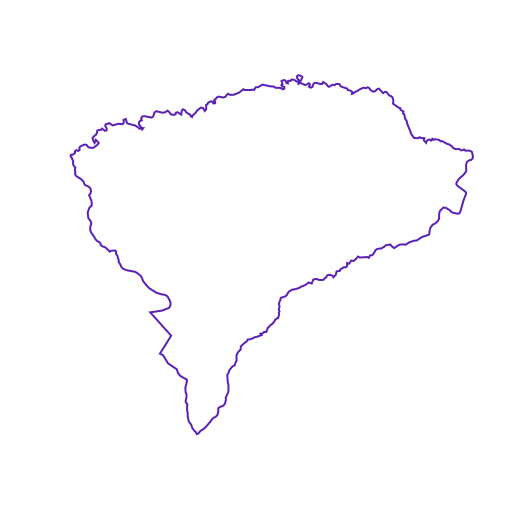 outline of Lucas do Rio Verde, Mato Grosso, Brazil, rotated 279°
{"feature_id": "56859067B78400349800715", "entity_name": "Lucas do Rio Verde", "entity_type": "district", "adm_level": 2, "iso_a3": "BRA", "parent_name": "Brazil", "parent_adm1": "Mato Grosso", "projection": "orthographic", "projection_center": [-56.167, -13.048], "detail": "fine", "context": "isolated", "style": "outline", "palette": "violet", "viewbox_px": 512, "rotation_deg": 279, "n_neighbors": 0, "source": "geoboundaries", "source_scale": "gbopen_adm2", "svg_char_len": 6076}
<svg xmlns="http://www.w3.org/2000/svg" viewBox="0 0 512 512"><g transform="rotate(279 256 256)"><path d="M364.5,122.8L363.4,121.0L364.4,119.9L366.1,115.9L366.6,109.4L367.2,107.7L370.9,106.0L369.8,103.9L366.9,104.6L365.4,103.5L365.1,101.8L365.2,99.7L362.6,94.1L364.3,90.1L363.3,89.0L362.6,86.9L360.9,86.7L358.6,88.6L356.7,88.8L356.0,87.1L357.8,84.1L356.5,83.4L356.1,81.6L355.0,79.6L352.7,79.6L350.8,79.0L348.5,76.9L346.9,76.1L343.8,77.7L342.5,78.9L345.7,79.6L343.1,83.0L340.8,81.8L337.7,78.8L337.1,77.3L337.1,73.5L339.3,71.1L339.1,68.8L336.7,65.3L335.2,64.6L333.2,65.2L331.9,63.9L332.5,62.2L331.2,60.8L329.6,61.1L328.4,60.2L327.4,59.2L327.0,57.4L325.5,57.3L324.1,58.7L320.7,60.7L318.4,60.8L316.5,62.0L315.2,63.7L312.2,63.7L310.8,64.5L308.7,64.4L306.7,66.1L304.6,71.1L302.5,73.9L299.5,75.7L298.3,79.9L297.2,81.4L295.9,82.4L293.9,82.9L291.8,82.7L290.0,81.6L285.1,84.7L282.0,85.6L279.7,85.7L278.7,84.6L277.0,83.7L272.5,83.0L267.4,84.4L263.9,87.7L262.2,88.2L258.5,87.8L255.6,88.2L253.5,89.4L249.8,93.0L247.8,94.5L246.0,96.6L245.2,99.0L244.3,100.3L242.5,100.9L241.4,102.9L241.2,105.3L238.8,109.2L237.4,110.8L238.6,112.3L239.4,116.1L238.4,117.2L236.2,117.4L234.3,119.3L232.8,119.7L230.3,121.2L228.9,121.2L226.0,123.6L224.1,124.7L222.4,127.1L221.7,130.9L221.5,138.9L220.6,141.3L218.4,145.2L216.5,146.8L213.6,148.4L210.4,151.8L207.4,155.7L204.1,163.5L203.4,168.5L203.4,172.0L202.6,174.3L201.7,175.4L197.2,178.7L193.7,179.2L191.2,178.3L187.3,171.6L183.8,160.3L164.0,184.7L144.5,176.4L143.7,179.2L142.4,180.7L136.2,185.9L131.7,195.5L128.3,197.2L125.7,200.0L123.0,207.1L120.9,207.4L115.0,206.8L110.3,207.8L108.5,209.0L106.3,209.4L101.6,209.2L100.2,209.7L99.3,211.2L93.0,212.0L90.1,213.2L87.2,213.5L81.9,215.6L79.2,218.4L76.2,220.0L74.2,221.9L72.6,224.2L70.8,225.4L72.0,227.2L74.2,228.2L77.9,232.2L84.6,236.5L88.4,238.4L89.8,239.7L90.8,241.3L93.0,242.8L97.1,243.1L98.8,242.5L100.3,243.0L101.4,244.2L102.5,246.4L103.8,247.7L105.9,248.5L109.6,248.8L111.2,248.2L116.9,249.8L118.8,249.9L124.4,248.9L127.8,247.6L134.2,246.2L136.0,247.2L137.6,247.2L139.8,248.0L143.4,250.1L144.7,252.1L148.1,252.5L149.7,253.2L154.5,252.3L157.9,253.1L161.2,255.4L164.4,255.2L168.3,258.2L169.9,260.0L172.3,260.9L172.5,262.7L173.5,264.0L174.0,265.6L175.6,267.5L176.6,270.1L178.8,273.9L179.9,272.7L180.7,274.7L182.2,275.9L182.5,278.0L184.8,278.6L186.7,278.7L187.9,279.9L189.4,280.6L191.9,283.0L194.7,284.6L196.1,284.9L197.4,286.1L198.1,287.5L201.7,288.0L203.4,287.4L204.8,287.9L206.6,286.9L210.3,287.1L211.8,286.2L213.7,286.2L216.2,286.9L218.6,287.1L220.7,291.3L222.2,292.5L225.8,293.8L228.7,297.4L229.1,299.4L231.0,303.3L232.7,305.3L235.1,309.3L238.1,312.2L237.5,315.3L241.8,316.3L242.9,319.9L242.2,321.6L242.6,325.2L243.2,326.6L245.2,327.7L246.1,328.8L247.6,329.0L248.6,330.4L249.0,332.5L248.3,334.9L247.1,335.8L250.1,337.8L253.4,338.0L254.4,341.1L255.9,341.4L258.6,344.4L258.8,346.4L260.1,347.5L263.3,347.1L262.9,349.1L266.4,350.8L266.4,353.1L268.2,354.8L271.4,356.8L270.8,359.0L272.4,366.3L271.8,367.6L274.5,368.7L275.0,370.8L277.0,371.9L280.7,373.3L282.0,374.7L283.0,378.5L285.2,381.2L286.8,382.4L288.4,386.7L286.5,389.1L285.4,391.2L288.9,395.0L289.8,396.5L290.6,400.0L290.6,402.2L293.3,405.0L295.7,409.4L296.5,412.3L300.7,417.0L304.1,423.5L305.5,423.8L307.0,423.5L311.1,423.8L314.7,425.7L316.0,427.7L318.8,430.1L321.6,431.0L326.3,430.3L329.2,430.6L333.1,433.4L333.3,435.8L331.6,440.1L330.3,441.7L329.5,443.9L329.3,448.3L329.8,450.1L331.4,450.8L343.6,452.3L349.9,453.7L351.6,453.5L352.6,452.2L356.8,444.0L358.5,442.5L360.2,442.7L363.9,444.3L368.2,448.0L371.7,450.0L373.3,450.3L378.5,449.3L380.3,449.3L382.1,449.8L383.9,451.7L384.5,453.3L386.1,454.7L388.4,454.7L392.5,453.0L393.4,451.3L393.2,447.8L392.7,446.5L393.8,444.8L392.8,443.3L392.4,442.0L393.4,440.5L392.9,436.3L393.4,434.0L394.9,432.5L395.4,431.2L396.3,430.0L396.7,426.9L398.6,422.0L398.1,420.5L399.3,418.7L399.4,414.3L398.3,413.0L399.3,411.8L397.4,410.8L398.2,409.3L397.6,407.8L396.0,406.5L394.4,406.3L396.6,403.6L398.7,403.9L398.4,400.4L398.9,398.9L397.7,397.8L397.3,393.7L401.1,389.9L403.1,389.1L410.0,384.8L413.1,383.6L415.0,381.7L419.2,380.3L419.7,378.9L421.7,379.1L423.2,375.7L424.6,375.4L425.0,373.2L427.9,367.5L431.1,367.4L434.1,365.9L435.1,364.3L435.4,362.4L438.2,359.5L438.3,357.6L436.7,356.0L440.5,351.3L440.1,350.0L437.1,347.5L436.7,345.7L437.7,343.4L439.6,341.5L440.1,339.7L439.0,338.6L439.1,336.2L438.2,334.4L436.3,331.7L434.6,330.1L433.7,328.3L431.8,326.7L431.2,325.4L432.8,325.7L434.1,323.6L434.3,320.7L435.6,319.9L436.6,313.8L437.4,312.5L438.8,311.6L438.8,309.7L438.2,307.9L437.0,306.8L437.1,304.8L434.5,301.6L435.2,300.1L436.7,298.8L438.3,295.1L436.1,294.2L436.0,291.5L436.5,289.0L436.3,287.3L435.3,285.9L431.9,285.3L430.8,283.6L431.5,281.8L433.7,282.5L434.9,281.2L433.2,279.1L432.6,277.5L433.9,272.9L432.7,271.0L434.9,270.7L434.7,268.8L435.9,266.3L435.9,263.7L434.2,262.5L434.2,260.8L433.3,259.7L431.6,260.6L431.5,259.1L433.0,258.3L434.2,256.8L433.8,255.1L432.7,253.8L429.9,255.4L428.7,254.3L427.6,255.4L427.5,257.4L425.6,257.8L424.8,256.4L425.6,254.6L425.8,252.5L425.3,250.3L425.3,248.6L426.1,247.3L425.8,243.3L426.3,235.6L423.1,231.7L422.6,229.3L419.7,228.2L419.9,226.7L419.2,225.3L418.2,218.8L418.8,217.5L414.8,213.8L411.8,208.9L411.1,205.1L411.9,203.0L410.5,201.8L408.6,201.0L407.4,198.9L407.6,194.2L406.7,192.7L404.9,191.7L404.0,190.6L402.5,190.1L402.2,191.5L400.5,191.7L400.0,190.1L401.1,189.1L401.8,187.4L399.9,184.7L398.3,184.3L397.4,183.1L393.2,183.9L391.2,182.7L393.9,180.6L393.9,178.2L390.6,175.2L387.7,173.8L384.7,171.3L383.3,171.1L383.8,169.7L385.4,168.9L385.9,166.9L387.3,164.3L388.8,163.0L389.5,160.9L387.7,159.9L384.0,160.1L385.7,156.0L385.0,154.4L383.5,154.4L382.5,152.9L382.6,149.7L384.3,148.1L385.7,146.0L383.6,143.5L382.9,141.4L383.4,134.8L381.9,133.3L377.7,132.6L376.4,131.3L376.7,123.7L376.0,121.8L374.1,121.0L372.1,122.0L371.5,120.4L369.9,119.7L367.6,119.7L366.0,121.8L364.5,122.8ZM364.5,122.8L364.7,124.6L363.1,123.8L364.5,122.8ZM434.9,270.7L435.4,272.3L436.6,273.0L440.1,273.8L441.0,271.8L441.2,269.5L439.7,268.3L437.9,268.9L436.7,270.7L434.9,270.7Z" fill="none" stroke="#5b21b6" stroke-width="2"/></g></svg>